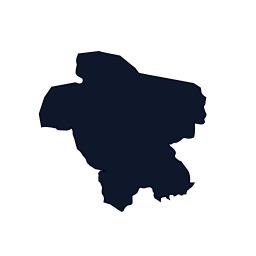 the district of São Francisco de Assis do Piauí, Piauí, Brazil, rotated 35°
{"feature_id": "56859067B59242064317932", "entity_name": "São Francisco de Assis do Piauí", "entity_type": "district", "adm_level": 2, "iso_a3": "BRA", "parent_name": "Brazil", "parent_adm1": "Piauí", "projection": "orthographic", "projection_center": [-41.535, -8.197], "detail": "fine", "context": "isolated", "style": "filled", "palette": "ink", "viewbox_px": 256, "rotation_deg": 35, "n_neighbors": 0, "source": "geoboundaries", "source_scale": "gbopen_adm2", "svg_char_len": 2760}
<svg xmlns="http://www.w3.org/2000/svg" viewBox="0 0 256 256"><g transform="rotate(35 128 128)"><path d="M60.5,82.2L45.2,95.9L45.8,97.7L46.3,99.9L47.2,101.8L48.3,103.2L49.4,104.1L50.5,105.3L52.3,109.6L54.1,112.6L55.7,113.4L58.4,113.5L60.7,113.1L62.5,113.1L63.8,113.7L64.8,115.5L65.1,117.2L64.2,119.0L62.7,120.4L59.1,121.4L48.9,131.8L42.4,138.4L42.5,150.8L47.4,167.1L56.6,176.3L58.0,174.9L59.4,173.8L60.5,173.1L62.8,171.9L64.5,170.9L67.5,169.7L68.6,168.9L69.8,169.1L71.2,169.3L72.8,168.5L74.6,167.3L78.8,164.6L80.6,162.7L80.9,161.2L81.7,160.3L83.1,160.4L85.2,162.1L86.8,164.4L91.2,167.5L95.0,170.8L98.5,173.7L102.3,174.1L104.3,174.7L106.8,175.8L110.7,176.8L112.3,177.5L113.3,178.5L114.4,179.2L115.9,179.6L117.4,179.8L118.8,180.1L120.1,179.9L121.5,179.8L122.9,179.9L124.7,179.7L126.0,179.1L128.8,177.8L130.4,177.1L131.8,176.9L133.2,176.6L132.2,178.2L130.5,178.9L130.3,180.5L130.2,181.9L131.5,183.0L132.8,185.2L133.8,186.7L134.8,187.9L136.6,188.0L138.0,188.8L139.4,189.8L141.1,190.7L141.8,191.8L143.1,194.1L143.7,195.2L145.2,196.5L147.5,197.3L148.8,198.5L149.7,199.6L150.9,202.1L156.9,200.1L165.1,199.9L167.0,199.9L170.5,199.7L171.2,198.5L170.7,196.5L170.7,194.6L171.0,193.2L171.5,191.4L172.5,190.3L173.9,188.8L174.2,187.5L173.4,186.1L169.8,181.4L170.4,179.7L171.4,178.0L172.1,175.7L171.9,174.3L171.5,172.8L171.2,170.4L172.5,168.8L174.0,168.5L175.3,167.5L176.2,166.7L177.0,165.6L178.1,164.4L180.4,162.9L182.0,163.1L183.4,163.3L184.7,165.0L186.0,165.4L187.5,166.6L188.3,168.3L190.0,169.5L192.8,169.4L194.7,169.4L196.2,169.4L194.6,166.7L195.0,165.4L195.8,164.4L198.2,162.0L200.3,162.8L202.2,162.5L200.9,161.7L200.2,160.2L199.8,158.7L201.0,157.5L202.3,156.7L203.6,156.2L204.7,156.9L205.7,155.4L206.3,153.2L207.8,152.2L209.1,152.4L210.5,151.9L211.0,150.1L212.9,148.7L212.1,146.9L211.7,145.0L212.3,143.6L212.5,142.3L213.4,139.9L213.6,137.4L213.5,135.5L210.8,137.5L208.9,137.0L208.4,135.8L207.2,134.0L205.4,131.9L202.5,129.6L199.4,128.4L195.7,127.2L190.7,125.5L188.3,126.1L183.7,125.7L182.1,124.9L181.4,123.2L181.1,121.6L180.2,120.7L178.9,120.1L177.2,119.6L175.6,119.4L173.2,119.3L170.9,118.6L170.4,117.2L172.0,116.4L172.8,115.1L173.4,113.3L175.5,112.0L176.8,109.8L177.7,107.5L178.1,105.3L178.8,103.9L179.9,103.0L181.4,102.3L182.7,101.8L183.7,101.1L185.1,99.8L186.7,97.7L184.9,93.9L184.0,92.6L182.9,90.9L179.9,86.8L179.4,85.3L182.4,84.1L185.1,82.8L186.7,81.5L187.1,79.5L185.7,78.1L184.5,77.3L184.7,75.8L184.5,73.5L183.8,72.1L181.4,70.8L179.1,69.0L177.6,68.0L177.1,66.5L177.0,64.5L175.9,62.4L174.8,60.3L174.1,58.7L171.7,58.8L168.9,58.1L167.6,57.5L166.4,56.3L165.3,55.0L164.1,53.9L156.2,54.3L123.9,69.0L115.9,72.7L113.1,73.9L105.4,77.3L101.0,75.9L99.8,75.4L92.3,74.9L80.0,74.0L66.2,80.1L63.0,81.4L60.5,82.2Z" fill="#0f172a" stroke="#020617" stroke-width="1.5"/></g></svg>